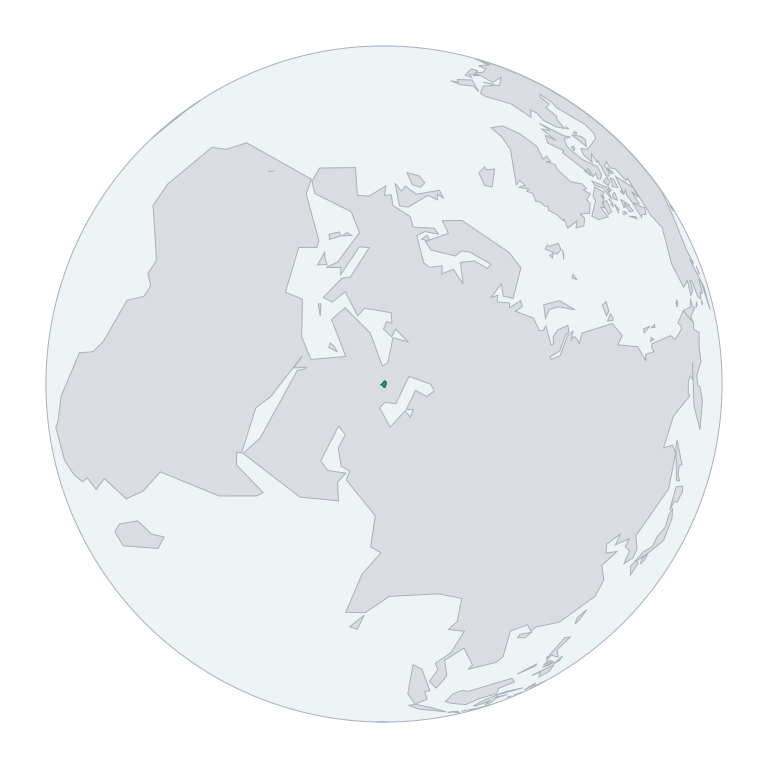 globe centered on Gegharkunik, rotated 60°
{"feature_id": "ARM-1672", "entity_name": "Gegharkunik", "entity_type": "Province", "adm_level": 1, "iso_a3": "ARM", "parent_name": "Armenia", "parent_adm1": "", "projection": "orthographic", "projection_center": [45.283, 40.3], "detail": "fine", "context": "on_globe", "style": "filled", "palette": "teal", "viewbox_px": 768, "rotation_deg": 60, "n_neighbors": 0, "source": "natural_earth", "source_scale": "10m", "svg_char_len": 11592}
<svg xmlns="http://www.w3.org/2000/svg" viewBox="0 0 768 768"><g transform="rotate(60 384 384)"><circle cx="384" cy="384" r="338" fill="#eef3f6" stroke="#a8b0b8"/><path d="M339.2,49.1L350.0,47.9L356.9,47.3L382.0,49.7L419.3,55.0L434.7,55.6L428.5,57.0L460.0,58.4L482.5,64.3L454.8,58.6L450.3,58.9L464.5,62.8L462.8,64.1L468.8,67.1L465.5,68.6L449.6,66.0L447.2,67.2L457.4,70.0L460.6,74.0L446.0,69.5L450.1,76.1L424.2,75.0L387.8,64.9L371.1,68.6L327.4,70.4L329.0,72.8L313.5,76.1L309.6,80.4L302.6,80.3L305.6,83.9L312.8,83.2L316.4,84.8L314.9,87.5L305.6,87.5L305.1,86.2L301.5,87.7L297.6,86.7L298.6,88.7L287.7,89.1L296.0,92.9L285.2,96.6L278.6,95.8L282.6,90.4L277.3,78.0L271.9,76.9L260.1,80.0L230.9,96.4L223.5,98.0L211.0,104.2L213.5,105.3L224.1,101.0L225.7,105.5L238.6,100.6L241.1,102.0L252.9,99.9L247.4,106.3L235.7,114.0L225.5,116.3L220.1,120.1L226.7,123.3L205.0,133.9L185.6,152.4L180.4,155.0L175.6,149.0L183.1,134.3L176.9,129.6L177.1,139.2L164.0,146.8L160.3,151.1L158.8,155.0L162.3,154.9L157.0,159.3L154.8,150.6L159.5,146.4L160.2,149.0L163.6,142.5L162.1,138.1L155.6,143.1L160.0,133.7L155.5,137.4L153.9,137.9L160.9,132.4L148.4,142.5L150.2,140.0L167.9,124.2L186.7,109.7L206.4,96.5L226.9,84.8L248.3,74.5L270.3,65.8L292.9,58.6L315.9,53.0L339.2,49.1ZM46.6,402.2L47.7,415.0L52.2,444.4L54.9,460.3L55.1,461.5L49.5,432.0L46.6,402.2ZM352.3,47.6L360.3,47.0L350.4,47.8L344.5,48.4L352.3,47.6ZM378.9,47.0L373.7,47.3L371.2,46.7L374.9,46.7L378.9,47.0ZM446.0,56.2L438.2,54.7L446.4,55.9L446.0,56.2ZM470.1,67.3L472.9,67.5L474.8,69.0L470.1,67.3ZM255.1,96.6L254.0,98.2L252.4,97.8L255.1,96.6ZM261.3,94.4L260.2,92.8L263.0,91.5L263.6,92.5L261.3,94.4ZM471.7,72.9L473.9,75.7L468.9,72.3L471.7,72.9ZM262.0,96.9L268.1,89.5L273.0,87.5L279.5,89.9L262.0,96.9ZM473.4,77.0L479.0,84.7L485.6,85.4L470.2,88.3L470.5,80.4L463.3,75.9L470.1,77.8L473.4,77.0ZM315.7,81.9L308.0,82.7L315.9,79.7L315.7,81.9ZM319.9,79.7L338.9,69.7L349.4,70.4L340.9,73.3L355.8,72.8L351.6,78.0L342.5,79.5L336.5,77.8L339.4,81.2L319.9,79.7ZM460.8,89.0L459.8,90.8L457.8,88.5L460.8,89.0ZM318.5,85.2L321.4,82.8L330.8,83.2L326.7,88.0L325.0,86.3L318.5,85.2ZM361.7,70.4L367.9,71.9L366.2,76.3L368.4,77.6L352.4,78.2L361.7,70.4ZM322.0,87.6L324.4,90.5L318.5,92.9L316.3,87.5L322.0,87.6ZM334.9,81.4L339.2,81.9L335.5,83.1L334.9,81.4ZM299.0,104.0L302.2,100.7L307.4,100.5L299.0,104.0ZM325.6,91.4L327.6,90.6L330.0,90.3L330.3,92.7L325.6,91.4ZM352.3,81.6L350.3,83.3L358.8,81.5L357.9,85.2L347.3,85.1L351.5,86.7L351.2,87.9L342.9,86.6L352.3,81.6ZM337.8,94.4L324.1,96.3L316.9,102.2L312.1,102.4L324.5,93.0L337.8,94.4ZM341.5,89.9L338.1,92.7L333.9,91.2L333.6,88.5L341.5,89.9ZM361.0,87.9L365.2,82.2L367.3,82.5L361.0,87.9ZM336.5,96.4L339.9,95.9L336.5,96.9L336.5,96.4ZM354.5,90.7L355.6,88.5L358.1,88.9L354.5,90.7ZM345.6,97.0L341.2,97.5L340.8,95.5L345.6,97.0ZM350.3,94.3L353.4,95.3L343.3,94.5L350.4,93.3L350.3,94.3ZM356.6,91.4L358.4,90.9L355.7,92.2L356.6,91.4ZM349.4,104.7L336.9,104.1L336.1,99.6L348.4,100.6L349.4,104.7ZM102.7,471.4L93.0,414.7L101.9,403.2L106.5,382.3L170.3,344.5L180.5,356.4L227.0,368.6L232.2,373.8L223.1,389.6L255.2,423.5L269.7,412.3L302.3,431.8L326.2,435.0L341.0,403.3L301.8,397.2L298.6,379.6L332.8,370.4L367.6,376.4L367.4,369.8L348.4,353.1L359.4,342.2L342.2,346.4L346.9,353.8L336.2,357.0L331.3,350.6L335.3,346.7L325.7,342.2L308.7,363.0L311.7,372.8L284.7,371.4L287.1,387.8L278.6,393.2L271.4,367.6L274.5,359.4L258.5,328.6L252.9,336.8L267.6,366.8L261.6,363.1L254.1,375.8L255.2,363.3L240.7,329.6L218.3,326.3L184.4,348.7L172.4,344.9L164.8,331.7L182.4,300.5L207.3,312.7L213.8,303.1L213.4,283.4L221.0,289.2L223.8,283.1L233.7,287.1L252.0,277.6L262.7,280.3L274.2,262.7L281.3,262.0L272.4,272.4L272.0,281.5L299.0,289.0L305.5,286.4L310.8,274.6L317.6,278.7L319.3,266.5L337.0,265.6L316.9,256.9L322.6,244.2L335.6,236.7L333.9,231.3L312.7,243.7L307.5,250.3L308.8,258.2L291.5,276.3L281.3,276.9L285.7,253.0L271.7,251.8L281.3,234.8L332.7,209.8L351.9,207.4L374.5,229.5L367.5,236.8L355.9,232.2L362.6,248.0L364.0,241.1L369.6,244.9L376.5,234.8L380.8,237.1L380.1,223.9L386.1,225.6L386.5,233.9L401.9,221.6L415.6,222.8L417.1,219.1L414.7,214.7L433.7,219.8L433.9,216.9L427.7,214.0L424.1,206.4L425.1,195.4L431.7,197.8L432.2,202.1L443.1,215.1L443.5,226.9L446.3,226.8L447.5,217.3L434.2,201.2L432.9,194.0L440.3,200.6L437.5,197.6L439.0,194.8L446.5,194.5L438.9,187.0L445.8,156.1L461.1,153.4L466.9,162.1L478.6,145.7L494.9,145.6L489.2,142.7L490.9,134.1L485.9,133.9L483.2,131.9L485.4,111.7L491.0,109.5L485.4,99.1L482.5,97.9L478.0,98.8L470.2,88.3L485.6,85.4L491.5,88.3L497.1,85.3L509.7,92.7L522.8,98.1L533.4,109.2L542.8,113.1L543.9,111.6L557.6,116.5L581.8,133.3L557.3,126.2L520.0,106.2L534.8,114.4L530.0,114.8L534.4,119.5L545.0,125.6L547.1,124.9L556.6,149.5L579.1,173.9L581.1,164.7L589.8,166.0L617.1,189.9L641.4,241.8L653.2,247.4L658.9,255.2L659.6,266.0L651.3,254.9L645.4,256.5L640.6,249.0L638.9,264.0L632.0,254.0L634.1,271.3L641.4,276.2L645.5,266.1L650.2,286.3L663.7,291.6L673.4,307.4L677.9,351.1L670.3,374.4L671.5,380.5L664.3,380.1L661.1,397.9L679.6,417.2L681.2,426.0L673.0,453.9L671.7,447.9L652.7,446.8L653.6,469.6L668.2,475.5L673.4,490.9L664.2,493.3L658.4,480.2L651.6,479.2L650.2,460.4L638.3,438.0L628.8,450.9L626.4,439.5L608.7,423.9L593.1,441.4L570.6,485.5L572.6,514.7L562.6,531.3L537.8,498.1L528.6,471.0L518.4,477.0L493.8,457.5L447.9,464.6L442.5,457.2L433.6,462.1L416.5,455.6L408.6,442.9L397.7,444.4L419.0,477.4L430.8,475.8L442.2,461.6L445.8,473.4L462.4,481.9L440.0,513.3L373.6,540.8L369.1,518.7L328.9,452.3L331.2,445.1L331.1,444.2L330.7,442.7L325.0,454.2L318.8,440.5L338.1,487.9L340.5,506.9L372.7,542.0L369.2,545.4L380.1,552.2L417.6,543.0L417.3,550.1L398.5,582.8L348.3,621.6L356.2,646.1L354.6,664.6L326.1,673.5L331.4,685.9L317.0,687.9L318.0,693.8L308.0,697.8L290.4,698.8L257.4,689.9L253.1,684.9L233.2,669.8L204.7,632.2L210.6,619.7L206.7,605.6L183.1,564.7L188.1,547.9L182.4,537.0L170.2,533.3L163.8,519.9L156.7,515.9L114.0,494.8L102.7,471.4ZM144.7,372.3L142.0,378.3L144.7,372.3ZM402.3,399.6L424.4,400.3L417.9,379.1L425.9,377.9L420.8,371.5L417.4,377.7L405.3,359.9L416.1,353.4L415.2,344.1L407.7,343.5L389.9,358.6L407.0,383.6L400.4,392.4L402.3,399.6ZM164.2,147.3L164.2,148.1L161.7,152.5L160.8,151.4L164.2,147.3ZM163.0,168.1L154.5,174.8L159.9,168.9L157.0,168.2L164.9,155.6L178.2,155.7L170.8,157.6L163.0,168.1ZM179.0,139.9L172.5,147.1L179.1,139.2L179.0,139.9ZM230.0,248.0L231.8,253.9L225.8,259.7L212.4,258.4L220.9,249.8L230.0,248.0ZM235.8,261.2L244.0,239.0L252.7,239.6L246.4,242.9L251.4,245.5L242.6,251.6L242.9,274.7L237.6,281.5L215.6,274.1L225.7,272.5L223.3,266.5L235.8,261.2ZM249.5,188.4L253.2,180.7L267.3,191.7L262.3,197.7L248.5,196.2L246.4,188.3L249.5,188.4ZM272.3,103.4L272.8,101.2L275.4,100.9L277.0,102.7L272.3,103.4ZM300.1,102.5L272.9,113.7L272.0,111.5L257.1,121.7L249.1,120.0L259.1,113.3L241.7,120.2L247.5,113.4L236.0,119.0L259.0,104.1L263.5,99.0L261.5,105.2L268.7,106.7L273.2,105.9L289.2,99.8L302.5,90.3L311.7,91.0L314.8,94.1L313.0,96.4L307.5,95.1L309.1,99.3L299.8,99.2L300.1,102.5ZM344.9,139.6L339.3,135.2L340.9,147.0L331.6,145.6L332.4,147.1L324.3,149.3L315.7,154.7L312.1,153.0L310.3,155.9L304.9,157.7L301.3,161.2L293.5,159.8L288.4,164.1L287.6,161.0L281.0,169.1L282.4,162.6L275.5,164.8L277.8,169.9L244.2,157.3L229.0,158.3L215.6,163.1L219.8,152.3L235.0,141.4L254.7,132.8L268.7,133.9L268.0,129.2L274.6,128.6L272.3,132.5L279.6,126.1L284.4,126.7L302.0,121.4L309.5,112.6L316.1,110.8L315.5,114.6L322.5,110.2L325.9,116.3L330.7,115.3L338.9,120.6L335.0,129.1L340.7,127.4L347.1,131.9L344.9,139.6ZM351.4,106.4L348.9,115.9L342.6,120.1L331.0,109.2L326.2,109.2L318.6,103.2L327.9,97.4L329.2,99.6L332.7,100.4L328.4,101.9L334.4,101.4L336.4,104.5L341.6,105.1L339.4,108.0L351.4,106.4ZM240.3,369.5L244.8,371.9L252.2,373.6L247.6,381.9L240.3,369.5ZM230.0,346.7L234.3,347.1L231.5,358.9L226.9,356.8L230.0,346.7ZM239.1,337.7L234.8,346.2L234.4,340.3L239.1,337.7ZM276.7,272.3L281.6,272.4L281.2,275.3L277.4,278.8L276.7,272.3ZM347.6,177.0L345.4,173.2L347.4,172.1L349.3,162.7L356.3,163.4L357.9,169.4L347.6,177.0ZM333.0,408.2L324.7,413.6L321.7,410.0L325.1,408.8L333.0,408.2ZM283.1,398.6L293.3,405.3L281.7,400.8L283.1,398.6ZM355.5,176.2L355.5,172.2L359.0,175.1L355.5,176.2ZM361.5,163.5L366.1,166.1L357.4,162.4L361.5,163.5ZM413.5,661.7L393.7,690.8L377.4,690.9L372.9,683.2L379.3,665.8L397.8,660.3L406.5,651.0L413.5,661.7ZM703.8,487.3L706.2,482.5L705.8,483.9L703.8,487.3ZM701.5,489.4L704.8,483.1L700.4,493.1L701.5,489.4ZM706.0,480.7L709.3,471.6L710.8,466.7L710.1,469.6L706.0,480.7ZM699.0,494.0L682.3,517.2L674.8,523.0L677.3,516.6L689.5,503.2L699.0,494.0ZM676.7,517.2L664.2,518.3L641.7,499.2L649.9,493.8L672.3,497.5L671.0,502.5L678.6,504.2L676.7,517.2ZM703.9,460.8L702.5,473.5L694.0,485.6L689.7,489.6L686.9,479.1L688.5,469.4L692.3,464.9L702.8,420.5L707.2,420.1L704.9,436.8L708.3,441.2L703.9,460.8ZM574.3,516.7L583.0,529.8L577.1,535.1L574.3,516.7ZM704.0,394.5L701.8,413.7L702.8,391.4L704.0,394.5ZM702.8,375.9L704.4,381.3L701.5,378.8L702.8,375.9ZM674.3,388.8L670.5,395.1L668.9,391.0L672.8,380.6L674.3,388.8ZM680.7,321.0L686.1,333.3L687.3,338.4L683.0,333.5L680.7,321.0ZM415.3,181.6L404.9,193.4L402.0,203.5L407.7,211.3L395.2,206.0L399.6,190.3L415.3,181.6ZM441.3,158.8L436.3,152.8L441.3,152.6L443.2,153.9L441.3,158.8ZM436.3,157.2L424.7,155.5L423.8,150.4L433.1,152.7L436.3,157.2ZM389.9,164.8L386.4,168.1L383.6,165.5L389.9,164.8ZM672.9,559.4L674.4,556.7L678.9,549.0L672.9,559.4ZM709.5,473.9L713.8,456.9L715.1,451.5L709.5,473.9ZM720.9,410.1L721.0,409.2L721.4,402.3L720.9,410.1ZM721.5,400.4L720.7,406.4L721.8,392.5L721.8,393.5L721.5,400.4ZM717.9,429.5L717.6,432.9L717.0,433.5L717.9,429.5ZM718.9,423.9L720.1,418.3L718.5,427.3L718.9,423.9ZM710.3,439.9L711.3,444.5L714.6,432.0L712.0,444.6L713.3,450.7L712.1,457.0L711.1,449.8L709.1,464.6L707.5,467.8L707.6,458.7L709.7,441.6L711.2,432.4L716.6,415.7L710.3,439.9ZM719.2,415.4L718.7,409.4L718.9,402.2L719.6,404.0L719.2,415.4ZM715.3,396.3L711.8,392.7L710.2,401.8L712.1,377.2L715.4,384.7L715.3,396.3ZM710.1,380.2L708.7,388.6L709.1,375.5L710.1,380.2ZM707.4,386.7L705.7,380.5L707.6,377.4L707.4,386.7ZM711.1,377.8L708.8,365.3L711.1,370.0L711.1,377.8ZM700.8,367.0L707.6,369.5L701.4,376.0L694.1,354.3L696.2,349.1L700.8,367.0ZM668.1,252.0L663.7,247.1L663.6,241.4L666.7,246.3L668.1,252.0ZM659.3,220.2L662.2,238.3L663.7,253.9L666.5,253.5L672.6,266.2L665.0,261.2L659.0,242.9L659.0,233.0L652.7,223.4L648.8,212.2L639.9,203.1L636.1,196.2L644.2,201.7L659.3,220.2ZM636.0,199.7L619.0,182.2L621.8,176.5L626.1,179.0L632.8,189.2L630.9,191.6L636.0,199.7ZM615.7,176.5L613.8,178.9L584.7,162.8L579.2,158.2L602.8,166.2L602.2,169.0L608.9,174.3L615.7,176.5ZM463.5,91.5L460.1,90.8L462.8,90.1L463.5,91.5ZM480.4,132.1L477.3,129.3L480.6,128.1L480.4,132.1ZM470.5,121.2L468.9,124.3L467.8,120.0L470.5,121.2ZM466.0,131.9L467.0,125.1L469.9,133.1L466.0,131.9Z" fill="#d9dde1" stroke="#a8b0b8" stroke-width="1"/><path d="M384.4,381.9L384.4,382.0L384.5,382.2L384.6,382.3L384.7,382.5L384.8,382.6L384.9,382.8L385.1,383.2L385.4,383.4L386.4,384.0L386.6,384.2L386.8,384.2L387.0,384.2L387.0,384.3L387.1,384.5L387.1,384.9L387.0,385.1L386.9,385.2L386.8,385.3L386.8,385.6L386.7,385.7L386.4,385.7L385.6,385.6L385.3,385.8L385.2,385.8L384.9,386.0L384.5,386.1L384.4,386.1L384.2,386.1L383.9,386.1L383.7,386.2L383.6,386.3L383.4,386.4L383.2,386.6L383.2,386.4L383.2,386.2L383.1,385.9L382.8,385.3L382.8,385.2L382.9,384.8L382.8,384.7L382.5,384.3L382.5,384.2L382.3,383.3L382.3,383.2L382.1,383.1L382.2,382.9L382.1,382.7L381.9,382.6L381.8,382.2L381.8,381.9L382.4,381.8L382.5,381.9L382.6,382.0L382.9,382.0L383.0,381.9L383.1,381.7L383.3,381.6L383.5,381.5L383.5,381.4L383.7,381.5L383.8,381.5L384.0,381.7L384.2,381.8L384.3,381.8L384.4,381.9ZM385.1,381.9L385.2,382.1L384.9,382.2L384.9,381.9L385.0,381.9L385.1,381.9Z" fill="#14b8a6" stroke="#0f766e" stroke-width="1.5"/></g></svg>